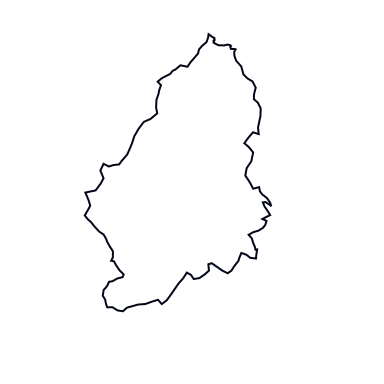 the district of Koili, Paphos, Cyprus, rotated 124°
{"feature_id": "46923920B65827682007345", "entity_name": "Koili", "entity_type": "district", "adm_level": 2, "iso_a3": "CYP", "parent_name": "Cyprus", "parent_adm1": "Paphos", "projection": "mercator", "projection_center": [32.445, 34.867], "detail": "fine", "context": "isolated", "style": "outline", "palette": "ink", "viewbox_px": 384, "rotation_deg": 124, "n_neighbors": 0, "source": "geoboundaries", "source_scale": "gbopen_adm2", "svg_char_len": 2199}
<svg xmlns="http://www.w3.org/2000/svg" viewBox="0 0 384 384"><g transform="rotate(124 192 192)"><path d="M49.1,241.4L49.0,242.8L50.0,245.1L52.6,247.4L54.0,249.8L55.3,251.6L55.7,253.1L56.0,255.8L56.1,257.6L54.9,258.5L54.1,258.1L53.9,258.8L52.9,258.6L51.7,259.7L52.1,261.3L51.9,266.5L54.9,265.0L59.7,263.8L65.5,265.4L70.0,265.9L73.8,264.4L85.3,265.8L90.7,265.8L93.4,272.4L99.9,274.3L102.3,275.8L106.3,276.1L111.1,278.8L114.5,280.6L119.7,282.2L120.8,277.4L126.0,276.1L129.5,274.6L135.5,273.0L142.2,268.9L146.2,264.8L154.5,267.2L160.9,271.2L169.5,271.6L178.2,271.0L184.9,269.0L190.9,267.8L197.1,266.7L205.8,267.7L209.8,267.8L214.0,272.6L217.3,275.1L218.1,281.1L219.2,280.9L225.4,280.0L230.1,273.0L235.9,272.4L244.6,272.8L252.1,280.1L256.6,273.2L260.2,268.8L263.1,268.4L271.4,267.8L272.9,263.0L273.4,259.0L275.0,254.0L276.7,246.9L276.7,241.5L278.7,237.3L280.6,234.7L283.0,229.9L285.4,224.4L290.6,221.0L294.2,220.6L293.1,217.9L295.1,214.1L297.4,208.5L298.5,202.6L301.3,201.9L305.7,205.7L310.5,208.1L312.9,210.6L316.5,209.9L319.1,209.9L322.5,210.5L326.8,208.5L327.9,208.0L329.7,203.9L332.9,200.7L335.0,197.8L332.0,193.5L331.8,187.5L329.5,182.6L324.2,181.2L315.5,173.8L310.9,168.0L305.3,163.9L300.4,159.9L301.8,154.4L296.0,152.4L288.0,152.1L275.5,152.0L268.8,151.1L261.7,151.2L261.3,146.5L263.2,141.9L259.2,137.7L252.7,135.2L247.7,134.0L242.8,138.0L240.0,135.8L240.2,122.8L239.4,117.0L235.1,115.3L230.7,115.5L223.0,115.0L220.4,115.9L214.9,117.0L213.6,111.8L214.0,106.9L211.4,101.8L208.0,103.6L203.2,105.9L204.3,107.1L202.4,109.1L200.2,112.5L197.0,116.5L195.8,121.1L191.1,118.8L186.9,115.3L182.2,113.2L178.5,112.8L174.3,114.1L175.0,118.5L172.5,117.2L167.4,114.3L165.3,119.0L163.5,123.7L161.0,127.4L159.2,125.4L159.2,119.8L159.4,118.3L157.0,121.6L155.1,126.6L154.7,132.4L153.5,136.0L150.4,139.1L155.1,143.1L152.1,148.6L150.2,152.9L148.6,157.0L141.7,160.0L133.4,160.0L125.0,163.4L123.0,169.9L122.3,175.9L116.1,175.7L108.4,174.8L106.7,169.1L101.5,173.4L90.8,177.7L84.3,181.8L81.2,187.2L80.4,192.6L76.4,195.2L69.9,197.5L66.5,203.6L66.8,209.7L65.7,215.2L60.4,221.3L58.5,228.7L55.4,233.0L52.0,235.5L49.3,235.6L49.3,236.0L51.6,239.8L50.1,241.6L49.1,241.4Z" fill="none" stroke="#020617" stroke-width="2"/></g></svg>